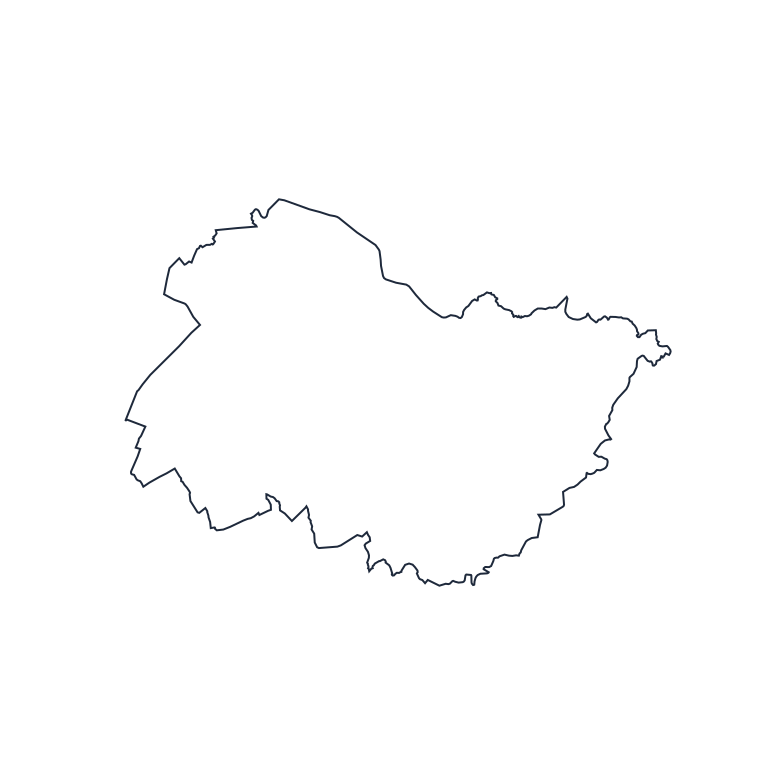 Bien Hoa, Đồng Nai, Vietnam, rotated 149°
{"feature_id": "81297802B63438000976754", "entity_name": "Bien Hoa", "entity_type": "district", "adm_level": 2, "iso_a3": "VNM", "parent_name": "Vietnam", "parent_adm1": "Đồng Nai", "projection": "albers", "projection_center": [106.866, 10.914], "detail": "fine", "context": "isolated", "style": "outline", "palette": "slate", "viewbox_px": 768, "rotation_deg": 149, "n_neighbors": 0, "source": "geoboundaries", "source_scale": "gbopen_adm2", "svg_char_len": 6154}
<svg xmlns="http://www.w3.org/2000/svg" viewBox="0 0 768 768"><g transform="rotate(149 384 384)"><path d="M451.4,192.1L447.4,193.5L440.4,182.6L434.0,181.0L431.9,179.3L430.4,178.9L426.9,179.8L426.1,179.6L424.8,177.8L422.3,175.3L418.6,173.6L417.5,173.5L416.0,174.1L412.7,178.0L411.6,178.3L407.8,175.5L407.8,174.8L411.1,169.0L411.5,167.7L411.2,165.8L410.4,165.5L410.0,165.5L408.1,168.1L405.6,170.5L404.1,171.4L402.1,172.0L399.1,171.7L393.2,168.6L391.8,168.4L391.2,168.7L394.0,173.9L393.4,174.7L391.5,175.0L388.1,172.9L385.9,172.8L381.4,176.0L379.8,177.6L378.7,177.8L377.1,177.3L375.7,176.4L373.7,176.8L368.6,175.7L365.3,172.5L362.5,170.5L359.0,169.1L356.8,167.4L355.1,168.9L353.6,169.2L352.0,170.8L343.4,175.9L341.2,176.2L336.7,175.9L331.2,173.5L322.9,182.8L319.2,186.3L318.9,187.0L318.9,192.4L309.0,186.8L294.5,186.7L293.1,186.8L291.9,187.7L286.1,199.3L278.5,199.4L274.1,197.9L269.9,198.1L265.8,199.1L259.0,199.8L256.2,203.3L255.8,203.3L255.2,201.8L253.3,200.3L251.4,199.8L249.5,199.6L245.8,200.7L243.0,198.6L239.4,198.0L237.1,198.1L234.8,199.2L232.4,202.0L231.8,203.6L231.9,204.9L233.2,206.3L235.1,209.7L237.5,211.0L239.4,214.9L239.6,216.3L229.0,221.1L223.7,221.8L219.7,220.6L218.5,219.7L217.7,219.8L218.1,224.3L217.6,231.8L216.6,233.7L214.0,235.3L213.2,235.1L211.4,235.7L209.0,237.0L207.5,240.7L201.7,244.0L200.6,246.1L198.2,248.1L191.0,251.3L178.9,254.8L175.6,256.8L172.2,259.9L170.5,262.8L169.7,263.3L164.9,264.2L158.7,268.4L155.3,273.4L153.6,275.0L148.7,275.4L147.8,275.2L146.9,274.3L146.1,268.1L144.7,266.3L143.5,266.0L143.3,265.6L143.3,263.4L144.0,261.8L143.9,261.2L142.9,260.6L140.6,261.0L138.5,263.3L134.9,262.7L132.0,265.1L131.7,264.8L132.1,263.6L131.6,263.2L131.2,264.0L130.0,263.4L126.9,265.2L124.7,262.1L122.9,263.0L121.6,264.2L121.1,265.6L121.4,269.5L121.9,270.9L125.9,272.8L127.3,274.0L128.3,274.9L128.7,276.6L128.5,277.7L126.8,278.6L127.6,280.0L127.4,282.3L126.0,283.9L125.4,286.3L124.6,287.3L123.3,290.1L130.3,294.0L133.8,293.0L136.1,293.7L138.1,293.8L140.9,292.6L142.2,293.4L142.5,295.1L142.0,295.6L140.9,295.4L140.2,295.7L139.8,296.6L139.9,298.9L139.2,300.3L138.9,301.9L139.0,305.0L139.8,307.7L139.5,309.9L140.5,310.8L141.1,313.5L142.0,314.8L145.4,317.2L146.3,319.0L148.3,320.0L151.0,322.2L155.2,324.9L156.0,324.9L158.3,323.6L158.8,323.7L158.8,326.1L159.7,328.2L160.7,328.5L164.9,327.7L165.7,327.8L166.3,328.5L167.3,328.5L169.3,327.5L170.5,327.6L172.9,333.8L173.0,339.3L173.9,339.3L174.8,338.2L176.6,337.6L182.9,338.5L185.2,339.6L188.6,342.4L191.2,346.3L191.6,350.1L191.4,352.5L190.2,354.5L182.8,362.7L182.6,364.6L197.0,360.8L198.4,362.1L200.4,362.5L202.9,364.4L207.0,365.0L210.0,367.5L213.3,369.5L217.2,369.5L221.2,368.6L222.0,368.0L224.6,367.9L226.5,368.4L228.2,369.7L230.7,369.9L231.5,371.1L232.5,370.3L234.2,372.2L233.5,372.4L233.5,372.9L235.2,372.7L235.7,374.3L236.3,374.6L238.2,374.7L238.3,375.7L237.5,376.7L237.9,378.6L237.1,379.6L237.3,380.7L238.7,382.9L241.6,385.6L242.6,387.0L243.6,390.4L245.5,392.3L245.0,395.0L245.6,397.3L245.0,398.2L243.2,398.4L242.8,399.1L244.0,401.0L244.0,403.8L245.7,405.4L245.8,406.3L245.4,406.9L246.9,407.6L248.6,409.5L253.0,409.1L254.4,409.6L255.9,409.5L257.9,410.2L259.4,409.3L260.0,408.0L260.7,407.4L261.5,407.8L262.7,409.8L265.7,409.8L271.5,407.4L274.1,407.3L277.2,406.2L279.1,405.0L280.3,403.1L282.8,401.3L284.4,401.1L285.6,402.1L286.3,403.8L287.7,405.6L291.3,408.6L296.6,409.2L298.6,410.2L300.0,411.5L304.6,420.8L306.9,426.5L308.6,432.3L310.8,443.8L312.2,454.7L313.7,457.7L321.5,464.6L328.5,472.7L329.4,474.8L329.2,477.1L325.7,486.8L322.8,492.4L319.4,500.2L319.2,501.9L319.7,507.5L329.1,527.8L337.1,549.6L338.1,551.4L339.7,553.2L343.6,556.6L350.3,564.3L358.0,572.2L374.8,592.8L378.9,596.4L393.4,592.7L398.1,588.3L399.7,587.9L400.7,588.0L401.9,588.9L402.8,591.1L402.3,596.9L402.7,598.5L403.7,599.8L404.9,599.9L408.5,598.4L410.3,598.5L410.2,596.4L410.8,595.4L412.0,594.6L412.7,592.7L412.1,591.2L413.6,589.7L412.0,585.8L412.1,584.6L429.6,593.3L449.0,602.5L449.9,599.3L452.3,598.2L454.4,598.0L454.4,597.0L455.8,596.8L455.5,593.2L458.2,591.9L458.9,591.8L459.4,592.8L461.5,592.9L464.6,594.7L469.1,594.7L469.8,596.9L470.6,597.1L472.7,595.7L474.8,595.9L480.6,591.8L486.4,587.2L488.0,589.4L492.3,588.8L493.6,589.1L494.7,597.3L508.2,593.8L516.1,585.6L526.3,574.2L520.4,564.2L513.5,555.7L512.9,554.5L512.5,551.6L512.9,539.8L511.3,529.4L522.8,527.1L540.2,521.9L579.6,512.2L590.9,508.1L597.6,505.2L599.4,504.9L624.7,485.6L622.7,485.9L610.5,470.4L619.0,464.6L622.2,463.4L623.9,461.5L629.6,457.3L626.4,453.9L632.5,448.8L645.1,439.8L646.2,438.9L646.9,437.4L646.5,436.3L645.0,434.8L645.2,429.6L644.6,428.2L643.0,426.2L642.9,423.5L643.2,419.9L635.9,420.3L624.2,420.0L616.4,419.4L606.9,419.3L606.9,410.2L606.5,407.7L607.9,405.1L607.0,403.9L607.0,400.3L606.3,396.5L606.1,391.9L606.3,390.6L607.4,389.7L610.2,383.4L609.9,370.0L608.7,368.7L601.0,369.7L601.0,365.9L601.5,365.2L602.3,361.7L603.1,360.0L604.1,355.3L606.7,349.7L603.1,348.3L602.9,348.0L603.4,347.0L602.7,344.7L596.7,342.0L589.5,340.8L575.1,339.4L570.3,338.6L567.3,337.6L563.5,337.4L558.0,338.2L558.3,335.9L548.6,335.0L545.7,334.4L543.2,338.9L542.9,344.3L543.8,346.2L541.6,350.1L541.0,349.5L539.1,345.9L537.4,344.3L536.6,342.4L536.3,338.9L535.0,337.8L534.7,336.6L535.3,335.5L535.6,333.6L536.6,332.5L538.2,329.2L535.7,324.1L533.5,314.0L515.1,318.4L513.5,319.1L513.7,315.6L514.4,314.5L515.7,310.4L517.6,308.3L517.2,304.5L518.1,303.4L518.9,299.0L521.0,296.6L520.9,291.7L525.0,283.8L525.4,278.5L524.3,276.9L507.7,268.6L504.1,267.9L484.7,268.3L481.3,264.5L475.0,265.8L475.4,262.9L475.2,260.0L476.7,256.6L481.8,256.6L483.7,255.8L484.4,252.9L484.2,248.4L485.1,244.9L486.5,242.8L490.5,239.5L490.4,238.2L491.0,237.3L491.0,236.5L491.6,235.0L492.6,234.3L492.3,233.4L493.1,231.1L490.0,232.2L488.6,231.9L488.5,232.6L487.3,233.8L486.1,233.9L484.4,234.8L479.3,234.7L478.8,234.3L475.0,234.1L473.8,232.3L474.0,230.7L474.6,230.1L472.9,225.9L473.1,223.1L474.6,217.1L475.3,216.9L475.5,216.2L475.2,215.3L474.0,214.8L472.1,215.4L470.3,215.6L468.4,214.3L466.5,214.3L465.9,214.0L465.1,215.0L459.0,218.1L455.0,217.2L452.5,214.4L451.8,211.1L451.4,206.9L452.0,205.4L453.4,204.7L454.0,199.5L453.7,198.2L452.1,196.2L451.4,192.1Z" fill="none" stroke="#1e293b" stroke-width="2"/></g></svg>